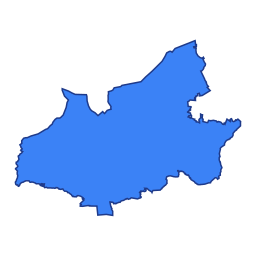 outline of Malu Cu Flori, Dâmbovita, Romania
{"feature_id": "2599482B3623711215230", "entity_name": "Malu Cu Flori", "entity_type": "district", "adm_level": 2, "iso_a3": "ROU", "parent_name": "Romania", "parent_adm1": "Dâmbovita", "projection": "natural_earth1", "projection_center": [25.228, 45.153], "detail": "fine", "context": "isolated", "style": "filled", "palette": "blue", "viewbox_px": 256, "rotation_deg": 0, "n_neighbors": 0, "source": "geoboundaries", "source_scale": "gbopen_adm2", "svg_char_len": 5878}
<svg xmlns="http://www.w3.org/2000/svg" viewBox="0 0 256 256"><path d="M217.5,179.2L218.8,178.5L219.1,178.0L218.6,176.8L218.8,176.1L220.3,175.2L220.2,172.8L220.9,171.7L220.8,170.2L220.9,169.5L221.9,167.8L221.9,167.5L220.7,164.7L220.4,162.6L220.0,162.2L220.1,161.7L219.8,161.6L219.2,159.8L219.2,157.7L219.7,156.6L220.0,156.6L219.3,153.7L220.4,149.2L220.2,148.6L220.8,147.6L221.8,146.8L224.5,145.0L224.5,143.6L225.8,141.2L227.4,139.9L228.2,139.6L228.8,139.6L229.0,139.2L229.9,138.8L229.8,138.7L230.3,138.1L232.3,136.8L233.1,135.1L233.0,133.4L235.1,130.9L236.5,130.0L236.5,129.6L240.5,125.9L240.5,122.7L240.6,121.5L237.9,119.1L236.7,120.0L236.1,119.9L236.2,120.3L235.4,120.2L235.1,120.6L235.0,121.1L233.6,121.6L232.3,121.1L232.4,120.7L231.5,118.7L230.6,119.0L230.1,119.6L230.5,119.9L230.3,120.1L230.2,121.4L227.0,119.1L225.0,124.2L224.2,123.1L223.6,124.4L222.7,124.2L220.8,122.2L218.5,121.5L217.8,122.0L217.1,121.6L216.9,121.8L216.4,121.0L213.4,120.3L210.4,120.8L209.9,120.5L209.3,120.6L208.6,120.4L207.7,122.6L206.5,122.5L202.9,121.5L203.1,119.2L202.4,118.6L202.2,117.9L202.5,114.8L201.7,114.7L200.6,114.1L200.6,116.2L200.8,117.6L199.1,119.4L198.9,120.2L199.5,121.3L199.5,122.8L198.0,122.0L196.2,121.9L196.1,121.6L196.3,121.0L194.4,120.1L194.7,119.2L193.6,119.0L191.2,117.9L191.3,117.1L190.2,118.1L189.8,117.5L188.1,116.9L188.8,115.8L191.4,115.6L190.5,113.9L190.4,113.0L189.1,112.8L187.6,112.2L187.6,111.9L190.5,110.2L190.5,109.9L189.4,110.0L190.6,108.3L190.7,107.3L191.1,107.1L191.0,106.7L188.2,106.4L187.7,101.8L188.9,101.2L190.1,100.0L195.5,100.5L195.4,99.0L194.6,98.9L194.7,97.8L195.5,97.9L195.6,96.6L196.2,96.5L196.2,95.9L197.9,95.7L197.6,93.8L199.3,93.3L199.5,94.2L199.8,94.5L199.8,95.9L202.2,95.5L210.2,90.6L207.2,87.3L208.4,86.5L207.0,84.8L206.1,82.3L206.3,82.1L204.8,79.9L204.7,79.2L203.7,77.1L200.8,71.1L201.8,70.9L203.2,69.3L203.8,68.1L203.7,67.5L205.2,65.6L205.5,64.0L204.1,61.7L202.9,58.9L204.0,58.5L203.4,57.2L202.2,58.2L200.1,57.6L197.8,55.7L197.2,54.5L196.3,53.2L195.9,50.0L196.2,48.0L194.0,47.8L193.7,46.8L196.4,46.3L196.4,44.6L195.6,44.7L195.1,40.6L175.1,48.5L172.1,52.2L170.8,51.3L169.4,51.4L166.7,52.9L165.1,56.3L162.1,61.3L152.1,71.2L145.7,76.9L141.0,81.7L121.9,85.4L120.7,86.6L114.2,87.8L112.9,90.0L111.5,90.8L108.4,91.7L108.5,94.3L108.1,95.1L108.2,99.2L108.0,101.6L108.5,102.8L111.0,106.5L110.8,107.9L111.0,109.3L109.8,109.5L107.2,110.4L104.6,113.5L103.6,112.7L102.7,111.6L98.0,115.6L95.1,112.8L91.7,110.8L90.2,109.2L88.5,105.9L87.1,100.9L86.9,96.3L86.4,94.7L75.2,94.4L71.8,92.9L68.6,91.1L62.2,88.7L62.2,90.2L64.5,96.1L68.4,100.0L67.1,102.5L66.2,107.4L63.2,115.0L60.9,117.3L59.7,118.1L56.9,118.1L55.1,119.4L53.0,122.1L52.1,124.3L50.4,125.5L47.6,128.7L45.6,129.4L38.1,133.9L31.0,136.0L27.2,137.7L25.7,137.7L23.7,138.2L21.7,140.7L21.8,143.4L19.9,144.8L20.9,146.6L21.0,147.5L22.1,148.7L21.8,149.6L21.1,149.8L21.3,150.4L20.9,150.7L22.1,151.5L22.6,151.6L21.5,153.2L20.0,154.0L19.4,155.4L18.9,155.5L18.2,156.1L18.9,159.2L18.7,159.8L17.9,160.8L17.7,161.6L16.2,162.2L16.1,163.5L16.4,164.2L17.5,165.3L17.8,166.5L16.7,167.8L15.9,168.2L15.5,168.9L17.5,171.0L17.2,172.4L17.2,174.2L17.7,175.1L17.6,176.5L17.3,178.2L16.6,179.4L16.2,181.0L15.4,182.0L15.4,182.5L15.7,184.2L16.5,185.0L17.7,184.9L18.2,186.2L18.6,186.3L19.4,185.7L20.2,183.8L21.5,182.6L23.7,182.0L24.3,181.4L25.4,181.1L25.8,180.8L29.0,180.8L29.8,182.1L30.9,182.3L31.5,182.0L33.1,182.2L35.4,183.1L36.2,183.8L38.3,183.7L40.3,184.2L41.7,183.6L43.3,184.0L44.4,183.9L44.2,185.1L41.5,184.9L40.5,184.4L40.2,184.4L40.0,184.9L40.8,185.6L43.4,186.5L44.1,186.5L44.6,187.6L46.5,187.3L47.4,187.9L50.8,187.9L52.1,188.1L53.6,188.0L54.8,188.3L55.5,188.1L56.1,187.5L56.9,187.9L57.6,187.7L58.7,188.9L59.0,188.7L59.6,189.2L60.8,189.4L62.3,189.0L63.0,189.1L63.3,189.9L64.6,191.2L66.0,191.2L67.4,191.8L67.6,192.5L67.8,192.7L68.7,192.6L69.9,193.7L71.3,194.6L72.0,195.8L72.8,196.5L73.1,196.2L74.0,196.8L75.1,196.7L76.2,196.9L76.8,196.5L77.2,195.7L78.2,195.6L80.7,196.2L83.0,197.8L82.6,198.4L83.6,198.5L84.0,198.9L82.9,199.5L83.7,200.3L80.7,203.1L80.1,203.9L81.2,204.5L80.1,206.0L80.4,206.2L82.6,206.3L88.3,205.5L89.6,205.6L89.5,206.0L96.9,206.1L97.8,215.1L106.3,214.4L112.7,215.4L112.7,211.2L111.5,209.1L111.9,208.6L111.3,207.6L111.3,207.0L110.9,206.7L109.9,202.0L111.2,202.0L111.7,202.4L112.8,202.2L113.5,202.8L113.4,203.2L113.6,203.7L115.5,203.4L115.5,203.7L116.0,203.7L117.0,203.0L117.6,202.9L118.9,202.3L120.1,202.3L121.2,200.9L123.5,200.4L125.0,199.6L125.3,199.1L125.9,199.0L126.1,199.2L126.7,198.6L127.5,198.5L128.2,199.3L130.2,198.7L131.2,197.8L137.5,198.9L138.6,198.5L138.9,198.2L139.9,198.1L140.8,197.7L141.2,197.1L141.1,196.8L140.3,196.6L140.4,195.3L140.2,194.9L140.7,194.4L140.4,193.9L140.6,193.2L140.1,192.9L140.8,192.3L140.6,191.9L140.1,191.9L140.9,191.0L142.4,191.4L142.9,191.1L143.5,191.2L143.9,191.5L144.8,191.5L145.1,191.2L145.6,191.2L146.1,190.1L145.9,189.5L146.0,189.2L145.5,189.0L144.9,189.2L145.2,188.7L144.9,188.3L147.0,188.4L148.8,190.1L151.7,191.9L152.0,192.5L152.4,191.4L153.0,190.5L160.2,190.1L161.2,189.0L161.7,188.8L161.8,188.3L162.4,187.9L162.4,187.6L164.1,186.3L164.3,185.8L165.5,185.2L167.1,183.1L166.8,182.6L167.0,180.4L166.9,179.9L166.0,179.3L166.7,176.8L168.7,176.0L170.4,175.8L173.8,176.7L175.8,176.9L177.9,176.8L178.5,176.2L178.4,175.7L178.9,174.5L178.7,173.9L178.8,172.2L177.7,171.0L177.7,170.6L178.0,170.5L179.6,171.6L180.1,171.1L180.7,171.2L181.0,171.5L181.8,171.1L182.5,171.6L183.5,171.8L184.4,173.2L185.1,173.3L185.3,173.5L185.1,174.1L185.6,174.5L186.0,174.4L186.6,175.0L188.2,175.1L188.1,175.5L188.9,175.8L189.3,176.8L189.3,177.2L190.1,177.7L189.9,178.2L190.0,178.3L190.6,178.3L191.0,179.6L194.3,181.6L195.4,183.1L196.2,183.3L196.8,184.0L197.6,184.1L197.9,184.6L200.2,184.7L200.8,184.4L201.5,184.5L204.9,184.1L208.9,182.8L210.1,182.9L210.6,182.7L210.7,182.0L211.6,180.9L215.1,177.8L215.7,177.7L216.9,178.1L217.3,178.6L217.5,179.2Z" fill="#3b82f6" stroke="#1e3a8a" stroke-width="1.5"/></svg>